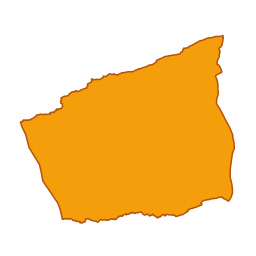 outline of Maravia, Tete, Mozambique, rotated 273°
{"feature_id": "85939544B82621359487865", "entity_name": "Maravia", "entity_type": "district", "adm_level": 2, "iso_a3": "MOZ", "parent_name": "Mozambique", "parent_adm1": "Tete", "projection": "equal_earth", "projection_center": [32.061, -15.024], "detail": "fine", "context": "isolated", "style": "filled", "palette": "amber", "viewbox_px": 256, "rotation_deg": 273, "n_neighbors": 0, "source": "geoboundaries", "source_scale": "gbopen_adm2", "svg_char_len": 5769}
<svg xmlns="http://www.w3.org/2000/svg" viewBox="0 0 256 256"><g transform="rotate(273 128 128)"><path d="M225.3,217.7L224.5,216.8L224.4,216.3L224.5,215.8L224.1,213.3L224.1,211.0L223.7,209.9L223.4,209.7L223.0,207.7L222.7,207.3L222.5,206.4L222.4,204.4L221.7,202.1L221.0,201.0L220.5,199.6L219.9,198.8L219.5,197.8L218.6,194.7L217.6,193.4L216.3,191.1L216.0,190.8L215.9,190.4L215.0,189.3L214.8,188.7L214.1,188.1L213.8,187.0L212.6,184.7L212.0,183.9L211.5,183.8L211.2,183.4L210.9,181.3L210.5,180.4L210.5,179.3L209.7,179.2L209.3,178.7L208.3,178.8L207.7,178.6L207.1,178.2L206.8,177.3L206.5,177.0L204.8,176.2L204.3,174.0L203.9,173.1L202.8,167.4L202.2,165.3L202.1,164.4L201.6,163.2L201.6,162.1L201.2,161.0L200.9,160.3L199.8,158.9L199.5,158.3L199.3,157.3L198.7,156.0L197.7,154.8L197.2,153.1L196.7,152.8L195.2,152.7L194.8,152.4L194.4,151.5L192.8,149.5L191.8,145.7L191.5,144.8L190.6,143.8L190.1,142.9L189.1,139.7L188.5,138.7L187.7,137.0L187.9,136.3L187.6,135.3L186.8,134.4L185.9,132.2L184.4,129.8L184.5,128.2L184.2,127.1L184.3,126.0L184.1,124.6L183.4,122.9L183.4,122.1L182.9,120.0L182.9,119.1L181.8,117.2L181.4,116.2L180.8,115.5L180.4,114.7L180.7,113.7L180.4,113.1L180.6,112.7L180.6,112.0L181.5,111.2L181.2,110.4L180.7,110.1L180.5,109.6L180.6,108.9L181.2,107.6L181.1,106.8L180.7,106.0L180.3,105.6L179.7,104.7L178.5,104.0L178.3,102.7L178.5,101.3L178.4,100.6L177.4,100.6L177.0,100.3L175.3,97.8L175.2,97.3L174.7,96.7L175.0,96.0L174.9,93.8L174.2,91.0L174.5,90.5L175.0,90.2L175.1,89.2L174.7,89.0L173.7,89.0L172.9,89.4L171.9,88.9L170.7,86.5L170.1,86.0L169.8,85.2L168.2,85.6L166.8,84.6L166.0,84.8L163.4,78.6L162.5,78.0L162.1,77.1L161.9,75.8L162.6,74.4L162.5,74.1L161.8,73.7L161.5,73.3L161.8,72.3L160.9,71.1L161.2,70.4L161.2,70.2L160.1,69.2L160.1,68.7L159.4,68.4L159.0,67.5L157.8,67.1L156.9,65.7L156.7,64.7L156.3,63.8L156.4,63.1L156.3,62.5L155.6,61.3L155.1,60.9L154.6,59.7L153.9,59.6L153.4,60.2L152.5,60.2L152.2,60.1L151.5,59.4L150.7,59.3L149.9,59.9L149.4,59.6L149.0,60.6L148.5,61.1L147.5,61.1L147.0,61.4L145.7,61.6L144.9,60.9L143.7,60.3L143.8,59.2L143.6,58.4L143.4,57.9L143.0,55.4L142.6,55.4L142.2,56.3L140.7,53.4L139.7,53.4L139.8,53.1L139.7,52.9L139.9,52.0L139.6,51.4L139.6,50.1L139.1,49.5L138.0,49.8L138.3,48.9L137.6,48.5L137.6,47.5L137.2,46.0L137.5,44.7L137.4,44.1L136.8,43.4L137.1,42.7L137.0,42.1L137.3,40.2L137.0,39.1L136.6,38.6L136.4,37.9L136.5,37.0L136.3,36.4L135.7,35.6L134.3,35.2L133.8,33.7L132.9,33.1L132.3,31.8L132.0,30.9L131.1,30.2L130.9,29.5L131.1,28.8L130.9,28.4L130.6,28.3L130.4,27.9L130.4,26.8L130.9,26.1L130.6,25.5L130.2,25.2L130.6,23.4L130.2,23.0L129.6,23.0L129.3,22.0L128.7,22.0L128.5,20.9L128.2,20.3L123.1,22.3L116.3,26.1L103.2,30.3L86.6,41.6L78.3,43.9L70.7,45.7L49.3,61.9L42.3,64.8L32.7,67.4L33.2,67.4L33.5,68.2L33.9,68.6L34.0,69.8L34.3,70.3L34.2,70.8L33.9,71.0L33.9,71.5L34.4,72.3L34.1,72.9L34.1,74.2L33.9,74.4L34.2,74.8L34.3,75.7L34.1,76.6L32.6,78.2L32.6,78.9L33.1,79.9L32.6,80.8L32.0,81.0L32.0,81.8L32.2,83.6L31.9,84.4L32.0,84.7L31.4,84.7L31.4,85.0L31.0,84.9L30.8,85.5L30.7,86.5L30.9,86.8L30.8,87.2L31.0,87.3L31.3,87.8L31.7,89.6L32.3,89.9L32.8,89.9L33.1,90.4L34.4,90.6L34.9,90.5L35.3,92.2L34.9,94.5L34.5,95.0L34.4,95.5L33.9,95.7L33.8,96.0L33.8,97.0L33.2,100.0L33.3,100.9L32.3,102.7L33.6,104.2L34.1,104.3L35.2,105.5L35.0,106.4L34.5,107.5L34.9,108.0L35.2,109.4L34.8,110.8L34.9,112.4L34.8,112.9L34.9,113.2L35.3,113.4L35.7,115.0L36.0,115.5L36.4,115.8L36.5,116.2L36.2,117.1L36.3,118.6L35.9,118.8L35.8,119.7L36.6,120.6L36.6,120.9L36.4,121.1L36.5,121.3L38.4,122.5L38.6,122.8L38.7,123.4L39.4,123.6L39.5,124.7L39.8,125.3L39.6,126.2L40.1,126.6L39.8,127.2L40.7,127.6L41.1,128.0L41.3,129.0L41.9,129.8L41.9,130.2L41.7,130.2L41.5,130.7L41.2,130.9L41.9,131.5L41.9,132.1L42.1,132.5L41.8,132.7L42.2,133.2L42.3,133.7L42.5,133.7L43.1,134.4L43.2,134.9L42.9,135.6L43.2,136.0L43.6,136.0L44.0,136.9L43.5,137.6L43.0,139.0L43.2,139.7L43.9,140.4L43.8,142.6L44.8,144.2L44.8,145.2L44.4,146.0L44.1,146.4L43.5,146.6L42.1,148.5L42.0,149.3L42.2,150.4L42.9,151.4L42.5,152.7L41.5,153.8L41.3,154.3L41.8,155.1L42.3,156.4L42.9,156.9L43.2,157.5L42.1,158.0L41.5,159.8L41.2,160.0L40.6,161.1L39.9,161.6L40.0,163.0L40.3,163.3L40.9,163.1L41.1,163.3L41.0,163.9L41.2,165.3L42.1,165.7L42.2,166.2L43.1,166.7L43.3,167.0L43.2,167.5L43.5,168.2L43.4,168.6L43.0,168.7L42.9,169.1L42.3,169.1L42.2,169.3L42.4,170.0L42.8,170.2L43.1,170.7L43.7,170.9L43.9,171.3L43.8,172.1L43.6,172.4L43.4,173.3L43.4,174.6L43.6,175.4L43.4,175.9L43.5,176.8L43.2,177.9L43.3,178.9L43.2,179.4L42.3,180.0L42.2,181.2L42.7,182.4L43.0,182.6L43.2,183.8L43.6,184.2L44.0,185.2L44.2,187.0L45.0,187.9L46.3,190.0L47.0,190.3L47.7,192.0L48.2,192.3L48.9,192.0L49.1,192.1L49.7,192.8L50.0,193.9L50.5,194.2L51.1,196.0L51.1,196.5L51.5,197.6L51.8,197.8L52.4,199.9L54.3,203.7L54.9,205.5L56.1,205.8L56.4,205.6L56.8,205.0L57.3,204.9L58.5,205.9L59.5,207.4L60.4,210.3L60.6,212.1L61.0,213.5L61.8,214.3L61.6,215.2L61.8,215.7L61.9,217.2L62.4,219.4L62.4,220.2L63.5,222.1L63.9,225.3L63.8,226.1L62.6,226.8L62.0,228.9L61.0,230.5L60.3,232.2L63.0,234.0L65.8,235.0L68.4,235.7L72.1,235.5L74.9,235.1L78.6,234.3L83.8,232.7L86.7,232.4L92.7,232.3L106.2,233.4L108.3,233.7L111.6,234.8L113.3,235.2L114.8,235.2L117.7,234.6L119.2,234.6L123.4,233.3L125.7,233.1L127.0,232.7L133.8,229.6L139.2,226.1L146.3,222.1L152.5,218.3L156.7,215.2L161.2,215.0L166.3,216.3L169.0,216.2L170.3,215.8L175.3,215.6L180.5,214.5L184.5,212.6L185.2,213.0L187.4,216.7L188.2,218.3L188.9,218.8L189.3,218.8L190.2,218.1L192.3,217.6L192.6,217.2L195.1,215.8L195.9,214.8L196.3,213.7L196.7,213.5L200.5,213.9L203.2,215.1L205.1,215.4L206.4,215.3L207.6,215.8L209.2,215.6L210.1,215.8L210.5,215.4L211.0,214.6L212.0,214.6L212.5,214.9L213.5,216.0L214.4,216.8L216.6,217.7L217.6,217.6L219.0,218.1L222.1,218.2L222.7,218.5L223.4,218.4L223.8,218.1L225.1,218.1L225.3,217.7Z" fill="#f59e0b" stroke="#b45309" stroke-width="1.5"/></g></svg>